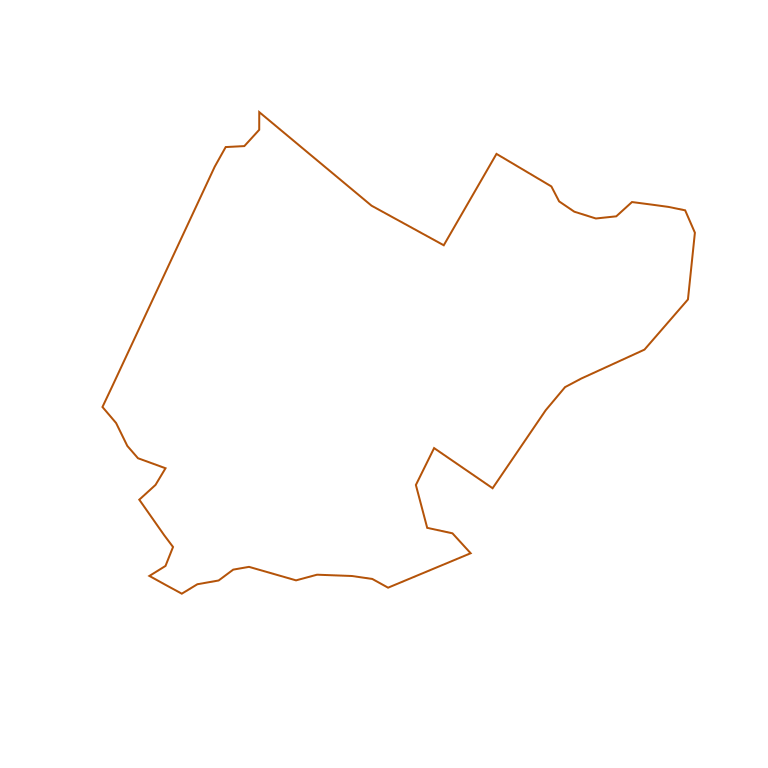 outline of Linha Nova, Rio Grande do Sul, Brazil, rotated 200°
{"feature_id": "56859067B36754154474179", "entity_name": "Linha Nova", "entity_type": "district", "adm_level": 2, "iso_a3": "BRA", "parent_name": "Brazil", "parent_adm1": "Rio Grande do Sul", "projection": "orthographic", "projection_center": [-51.219, -29.456], "detail": "fine", "context": "isolated", "style": "outline", "palette": "amber", "viewbox_px": 768, "rotation_deg": 200, "n_neighbors": 0, "source": "geoboundaries", "source_scale": "gbopen_adm2", "svg_char_len": 802}
<svg xmlns="http://www.w3.org/2000/svg" viewBox="0 0 768 768"><g transform="rotate(200 384 384)"><path d="M160.4,650.2L177.3,647.7L193.0,644.3L213.2,639.8L223.1,621.0L241.5,612.0L264.1,611.0L281.9,615.5L294.3,626.9L357.0,638.7L375.3,534.8L456.7,547.3L594.2,596.8L588.2,580.2L596.6,559.8L613.8,552.5L617.4,530.3L638.6,288.6L640.7,266.1L622.4,255.7L604.0,238.0L589.8,230.1L560.5,230.1L564.2,211.0L574.4,191.6L538.8,166.7L526.5,158.7L527.1,138.3L538.8,123.4L521.0,120.6L502.3,117.8L490.9,132.0L472.2,142.8L462.2,158.0L448.3,166.0L399.5,169.4L381.7,181.9L348.5,192.6L328.3,196.8L310.5,194.0L244.7,254.6L268.6,267.1L294.2,263.6L319.5,300.0L315.0,340.9L246.3,323.2L223.1,414.6L212.8,443.0L200.5,456.6L151.0,505.4L127.3,567.4L143.6,632.5L160.4,650.2Z" fill="none" stroke="#b45309" stroke-width="2"/></g></svg>